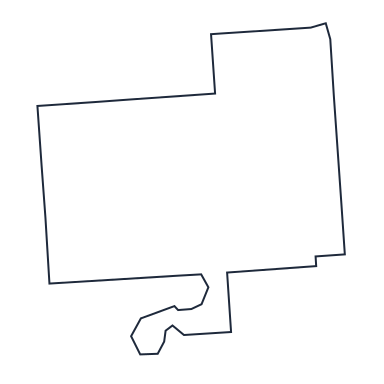 Tallahatchie, Mississippi, United States of America (Mercator projection), rotated 356°
{"feature_id": "52423323B23057609078581", "entity_name": "Tallahatchie", "entity_type": "district", "adm_level": 2, "iso_a3": "USA", "parent_name": "United States of America", "parent_adm1": "Mississippi", "projection": "mercator", "projection_center": [-90.171, 33.931], "detail": "fine", "context": "isolated", "style": "outline", "palette": "slate", "viewbox_px": 384, "rotation_deg": 356, "n_neighbors": 0, "source": "geoboundaries", "source_scale": "gbopen_adm2", "svg_char_len": 584}
<svg xmlns="http://www.w3.org/2000/svg" viewBox="0 0 384 384"><g transform="rotate(356 192 192)"><path d="M337.2,33.0L321.9,36.3L231.2,35.9L222.0,35.9L221.9,95.4L135.0,95.4L105.2,95.5L43.8,95.4L43.8,154.8L44.0,207.3L43.4,273.4L172.1,274.5L195.4,274.8L201.7,288.2L193.7,304.6L183.2,308.7L169.9,308.8L166.5,304.6L132.2,314.5L121.2,331.6L129.0,350.4L146.5,351.0L153.8,339.3L156.0,328.5L163.2,323.8L174.0,334.1L221.2,334.4L221.4,274.8L300.8,274.6L310.7,274.6L310.8,264.9L340.1,264.9L340.2,214.5L340.2,105.8L340.6,49.2L337.2,33.0Z" fill="none" stroke="#1e293b" stroke-width="2"/></g></svg>